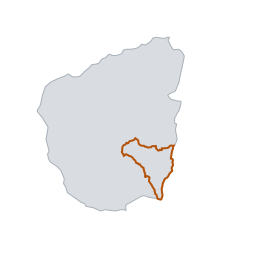 Uruguay, with Cerro Largo highlighted, rotated 60°
{"feature_id": "URY-12", "entity_name": "Cerro Largo", "entity_type": "Department", "adm_level": 1, "iso_a3": "URY", "parent_name": "Uruguay", "parent_adm1": "", "projection": "albers", "projection_center": [-54.394, -32.345], "detail": "fine", "context": "in_parent", "style": "outline", "palette": "amber", "viewbox_px": 256, "rotation_deg": 60, "n_neighbors": 0, "source": "natural_earth", "source_scale": "10m", "svg_char_len": 5134}
<svg xmlns="http://www.w3.org/2000/svg" viewBox="0 0 256 256"><g transform="rotate(60 128 128)"><path d="M198.4,170.9L196.9,172.2L195.3,174.7L193.5,180.6L187.3,188.7L186.1,193.3L179.5,198.1L174.9,203.5L171.9,203.4L169.1,205.7L153.6,212.8L148.0,211.5L143.9,211.6L140.0,208.5L131.2,207.4L125.7,208.8L118.4,212.3L116.1,212.3L114.5,212.1L110.5,210.8L108.3,207.8L96.8,204.6L87.5,196.9L76.6,197.0L68.3,198.3L67.0,197.3L66.1,195.3L64.3,192.4L56.9,185.7L51.0,179.0L49.6,172.2L50.1,164.8L51.5,155.9L51.1,153.2L53.1,151.5L55.2,151.2L57.1,148.8L58.8,145.3L59.0,142.7L57.5,137.9L56.3,131.2L55.0,127.9L57.1,122.6L57.1,120.0L55.7,117.8L55.3,115.5L55.8,113.1L55.6,110.8L54.7,108.6L55.2,106.8L57.3,105.3L58.9,103.0L59.8,100.0L60.3,97.7L60.3,96.1L59.6,94.7L58.2,93.3L58.7,90.6L61.1,86.3L62.7,82.6L63.3,79.4L63.2,76.8L62.3,74.9L62.6,73.5L64.1,72.8L64.8,70.7L64.4,65.5L62.6,61.3L63.8,57.9L67.2,53.8L69.0,50.6L69.1,48.2L70.2,46.8L72.0,49.4L77.1,49.9L82.3,49.8L83.1,49.2L85.1,44.9L87.7,43.6L90.6,43.2L93.8,43.3L97.3,46.1L107.0,55.1L114.2,61.3L116.4,64.3L118.2,66.5L119.7,68.6L119.2,74.1L119.3,76.5L119.6,77.2L121.2,77.2L123.6,76.8L125.6,75.6L127.1,73.8L128.6,72.4L129.8,71.6L130.2,70.4L130.9,69.2L131.7,68.9L133.1,69.8L136.4,72.9L138.9,75.8L139.5,77.4L140.5,79.1L141.6,80.6L142.3,82.1L144.8,83.9L147.3,85.1L148.9,83.9L153.2,87.8L162.5,91.1L164.2,93.1L165.8,96.0L169.0,100.3L173.5,104.2L177.1,105.8L180.6,106.8L182.5,107.6L183.8,109.1L185.9,110.7L187.2,111.3L187.7,112.8L189.0,115.9L190.4,119.9L191.9,123.6L195.2,127.2L199.0,129.9L202.9,131.5L205.0,133.5L206.0,135.5L203.3,138.5L200.4,142.2L197.9,145.1L195.3,147.1L194.4,148.5L193.8,150.7L193.7,162.3L193.5,166.7L193.7,167.8L194.0,168.6L195.6,169.7L197.6,170.7L198.4,170.9Z" fill="#d9dde1" stroke="#a8b0b8" stroke-width="1"/><path d="M166.1,97.4L166.2,97.7L167.0,98.5L168.0,99.2L168.9,100.1L169.8,101.1L171.9,103.1L173.6,104.2L175.0,105.6L175.7,106.1L176.1,106.1L176.4,105.7L176.9,105.2L177.5,105.0L178.1,105.1L178.6,105.3L179.1,105.7L179.3,105.9L179.6,106.5L179.9,106.7L180.1,106.8L181.1,106.9L181.6,107.1L182.1,107.3L182.9,107.9L183.3,108.3L183.4,108.6L183.5,109.0L183.7,109.4L184.0,109.7L184.3,110.1L185.2,110.6L186.9,111.0L187.4,111.3L187.5,111.8L187.6,113.0L188.4,115.1L189.9,117.3L190.3,118.3L190.5,119.5L190.5,121.3L190.7,121.9L190.9,122.4L191.7,123.1L192.0,123.5L192.5,124.4L193.1,125.2L193.8,126.0L195.7,127.3L197.4,129.3L199.1,129.9L200.4,130.7L200.9,130.9L201.8,130.9L202.8,131.5L203.8,132.0L204.2,132.3L206.2,134.5L206.4,135.0L206.3,135.6L205.9,136.1L204.8,137.0L204.2,137.7L200.7,136.9L199.9,136.8L199.7,136.8L199.4,136.9L198.9,137.2L198.7,137.3L198.4,137.3L198.0,137.2L197.8,137.2L197.6,137.1L197.2,136.7L196.6,136.6L196.1,136.6L195.8,136.6L195.6,136.5L195.4,136.2L195.1,136.0L195.0,135.9L194.8,135.9L191.7,136.2L190.9,136.2L189.9,136.0L184.9,136.4L184.6,136.3L184.4,136.3L184.2,136.2L183.9,136.0L182.0,134.4L181.7,134.3L181.6,134.2L181.3,134.2L180.9,134.3L180.1,134.8L179.8,135.1L179.1,135.7L179.0,135.8L178.9,136.0L179.0,136.3L179.0,136.5L179.2,136.8L179.3,137.0L179.2,137.3L179.1,137.5L178.7,137.5L178.4,137.4L178.2,137.3L178.1,137.2L176.5,136.1L176.3,136.0L176.1,136.0L175.9,136.0L175.3,136.0L175.1,136.0L174.9,136.0L174.7,135.9L174.2,135.6L173.2,135.5L172.6,135.2L171.5,135.1L171.3,135.0L171.2,135.0L171.0,134.9L170.8,134.6L170.6,134.5L170.3,134.5L169.9,134.7L168.4,135.5L167.8,135.7L166.1,135.9L165.7,135.8L165.3,135.9L165.1,136.2L165.0,136.7L164.9,136.8L164.8,137.0L164.5,137.1L164.1,137.2L163.8,137.1L163.6,137.1L163.4,137.1L163.1,137.4L162.9,137.7L162.7,138.0L162.3,138.3L161.8,138.4L161.6,138.3L161.3,138.3L160.8,138.1L160.4,138.0L160.0,138.0L159.7,138.0L158.3,138.6L157.9,138.7L156.9,138.7L156.1,138.8L155.7,138.9L153.9,139.8L153.4,140.2L153.0,140.7L152.7,141.0L151.6,141.5L151.2,141.7L151.0,142.0L150.8,142.1L150.1,142.5L149.8,142.9L149.7,143.1L149.6,143.3L149.5,143.6L149.6,143.9L150.0,144.6L150.1,144.9L150.1,145.5L148.6,145.3L146.4,145.4L146.0,145.4L145.7,145.3L145.5,145.2L145.2,144.7L142.3,142.8L141.9,142.4L141.3,141.8L141.0,141.2L140.8,140.8L140.8,140.5L140.8,140.2L140.9,139.4L141.0,138.7L140.9,138.4L140.8,138.1L140.3,137.4L140.2,137.1L140.1,136.8L140.1,136.6L140.4,136.4L140.5,136.3L140.9,136.2L141.1,136.1L141.2,135.8L141.2,135.6L141.2,135.4L140.4,133.6L140.3,133.4L140.3,133.0L140.4,132.6L140.8,131.5L141.2,129.6L141.3,129.2L141.3,128.8L141.1,128.0L140.5,126.8L143.1,125.6L144.2,125.5L146.1,126.3L147.1,126.5L148.2,126.3L149.1,125.9L149.9,125.3L150.5,124.5L151.1,123.5L151.5,123.0L152.6,122.7L152.8,122.4L153.0,122.0L153.3,121.6L153.6,121.4L154.2,121.1L154.5,120.9L155.0,120.3L155.6,118.8L156.1,118.1L156.2,117.7L156.1,117.3L155.9,116.9L155.8,116.5L155.8,116.2L155.9,115.9L156.2,115.3L156.8,114.6L157.1,114.1L157.2,113.3L157.5,112.9L158.2,113.1L159.4,113.9L159.9,113.8L160.5,113.6L161.2,113.5L161.8,113.4L162.5,113.2L162.9,112.6L163.0,112.0L162.7,111.4L163.0,111.0L163.8,110.4L163.9,110.0L163.8,109.4L163.5,109.2L163.0,109.2L162.5,108.8L163.5,107.3L163.9,106.3L164.3,105.5L165.0,103.7L165.2,103.1L165.0,102.2L164.5,100.7L164.5,99.8L164.7,99.5L164.9,99.1L165.2,98.8L165.5,98.6L166.0,97.6L166.1,97.4L166.1,97.4Z" fill="none" stroke="#b45309" stroke-width="2"/></g></svg>